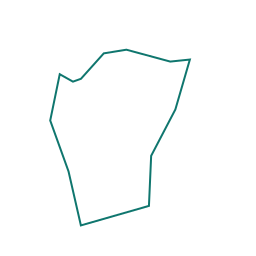 the Urban county of Salgótarján, rotated 333°
{"feature_id": "HUN-4921", "entity_name": "Salgótarján", "entity_type": "Urban county", "adm_level": 1, "iso_a3": "HUN", "parent_name": "Hungary", "parent_adm1": "", "projection": "orthographic", "projection_center": [19.799, 48.1], "detail": "fine", "context": "isolated", "style": "outline", "palette": "teal", "viewbox_px": 256, "rotation_deg": 333, "n_neighbors": 0, "source": "natural_earth", "source_scale": "10m", "svg_char_len": 320}
<svg xmlns="http://www.w3.org/2000/svg" viewBox="0 0 256 256"><g transform="rotate(333 128 128)"><path d="M91.6,49.1L100.0,61.7L108.4,62.8L140.3,50.5L162.1,57.5L195.8,88.0L214.2,95.1L178.6,133.0L136.0,163.3L111.3,206.9L41.8,193.4L55.3,139.7L62.1,86.0L91.6,49.1Z" fill="none" stroke="#0f766e" stroke-width="2"/></g></svg>